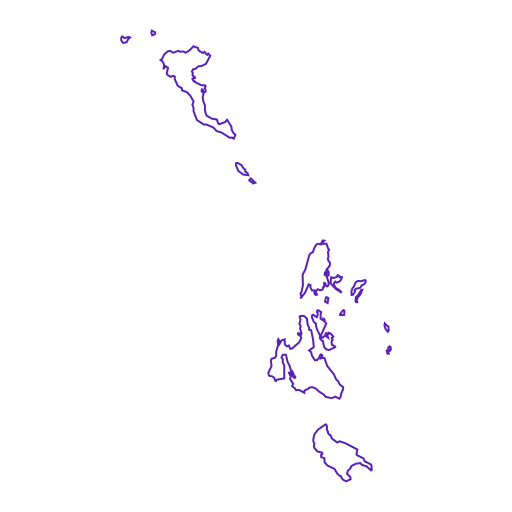 Ionion Nison, Ionioi Nisoi, Greece
{"feature_id": "26713481B82557054028644", "entity_name": "Ionion Nison", "entity_type": "district", "adm_level": 2, "iso_a3": "GRC", "parent_name": "Greece", "parent_adm1": "Ionioi Nisoi", "projection": "orthographic", "projection_center": [20.46, 38.773], "detail": "fine", "context": "isolated", "style": "outline", "palette": "violet", "viewbox_px": 512, "rotation_deg": 0, "n_neighbors": 0, "source": "geoboundaries", "source_scale": "gbopen_adm2", "svg_char_len": 6058}
<svg xmlns="http://www.w3.org/2000/svg" viewBox="0 0 512 512"><path d="M303.9,315.9L300.4,316.0L299.6,316.8L300.5,319.5L299.4,324.2L300.7,325.8L300.0,328.4L301.5,333.4L301.0,334.7L299.8,335.2L299.6,333.5L298.1,333.2L298.0,334.5L300.7,336.0L301.3,338.3L298.9,342.6L292.2,348.4L290.2,348.8L288.9,345.5L287.1,346.4L285.3,345.1L284.8,343.7L284.7,339.4L281.7,340.3L279.7,343.6L279.3,340.8L278.3,339.2L277.7,340.9L278.1,344.9L276.1,352.0L276.2,355.8L274.8,357.9L271.6,358.7L270.9,360.6L271.5,366.1L268.3,372.9L268.7,375.0L269.6,376.0L271.8,376.2L274.3,377.8L275.2,380.7L276.0,381.0L276.8,379.7L284.2,378.4L284.3,365.6L282.7,362.3L282.9,359.4L281.5,357.3L282.8,354.9L285.1,354.6L286.0,355.0L287.5,361.8L289.6,365.7L290.7,369.8L292.3,371.2L293.7,374.8L295.4,377.1L294.8,377.9L293.9,377.7L290.4,372.2L288.9,372.7L290.8,376.6L290.0,378.9L293.2,383.8L292.1,386.1L295.1,388.6L296.0,390.2L299.1,389.9L304.3,392.8L304.4,390.8L305.8,389.7L307.8,389.1L309.6,387.5L312.5,387.2L316.0,388.7L318.8,391.4L323.6,394.4L325.7,396.9L331.7,398.1L335.5,396.7L339.3,398.7L340.6,396.9L341.1,393.8L343.2,389.0L343.0,387.0L339.8,384.5L338.1,381.2L336.2,379.5L333.8,374.2L327.1,365.8L324.5,358.2L323.8,357.7L321.0,358.4L322.2,355.5L321.8,354.7L321.1,354.4L319.8,355.5L319.6,357.1L317.1,360.1L314.8,360.2L312.0,355.6L311.1,352.1L309.1,350.4L313.8,347.2L313.2,340.3L311.2,330.3L309.0,329.6L309.2,328.1L307.7,324.7L306.9,318.5L303.9,315.9ZM197.9,47.9L193.4,46.3L189.5,50.4L185.5,52.7L183.4,51.5L179.8,51.7L178.5,50.8L173.2,52.7L170.0,50.9L167.5,51.5L164.3,54.4L161.7,59.6L159.8,60.1L161.8,60.6L163.6,63.3L164.1,66.4L163.6,68.4L164.1,68.4L165.3,66.1L168.0,67.8L166.7,73.6L167.4,74.8L170.7,76.9L172.9,75.8L174.8,76.5L174.7,79.0L177.8,85.9L181.8,88.2L182.1,90.4L186.8,92.1L190.4,95.8L193.6,101.7L192.4,104.8L193.5,107.5L193.6,111.4L196.9,120.0L203.7,124.5L206.4,124.5L213.2,127.4L216.7,131.1L221.6,132.6L229.8,137.8L231.8,137.5L233.8,138.7L235.4,134.9L233.0,132.4L231.8,129.9L231.3,126.4L227.1,119.8L225.1,122.1L219.3,124.2L218.2,123.4L216.8,119.5L211.9,118.7L206.7,115.7L205.8,113.8L204.9,109.8L204.9,105.2L203.3,101.3L202.7,97.3L203.6,93.6L201.5,90.9L202.1,89.3L202.8,89.8L203.5,92.6L205.6,91.6L205.5,89.4L204.7,88.4L205.6,86.2L205.3,85.4L201.7,85.3L196.2,82.8L194.4,81.1L193.8,81.4L192.4,78.9L193.1,78.2L194.9,78.1L194.7,76.9L192.6,75.5L192.7,72.6L191.9,71.6L193.1,69.3L195.4,68.8L198.5,66.3L201.5,66.0L206.0,63.8L210.3,55.7L208.2,53.6L207.3,54.8L206.2,54.1L204.6,51.8L203.1,53.0L199.6,51.2L198.5,50.0L197.9,47.9ZM337.3,442.5L332.0,438.7L330.3,434.9L329.2,434.6L328.1,433.1L327.9,431.5L326.9,429.9L327.0,426.6L326.2,424.6L325.4,424.4L317.9,429.7L314.4,434.4L313.4,438.7L313.3,441.2L314.3,443.4L313.9,446.7L314.3,447.8L317.3,451.4L322.0,452.6L322.4,454.0L321.1,455.0L321.2,457.1L324.4,458.2L324.5,462.0L327.3,465.4L334.5,468.9L337.2,473.5L339.5,475.7L341.1,476.3L341.6,478.2L343.6,480.1L346.3,481.3L350.6,479.2L350.3,477.0L347.0,473.8L347.8,470.9L350.3,468.5L351.5,466.0L355.6,463.8L360.2,463.1L361.8,464.8L366.9,466.5L369.1,468.8L371.1,469.3L370.4,470.9L371.8,469.8L371.4,465.1L370.7,464.3L364.9,461.4L363.4,458.3L357.0,455.2L356.5,454.3L357.4,449.5L345.1,443.1L339.6,441.3L337.3,442.5ZM322.4,243.9L322.2,242.6L324.2,240.7L322.6,240.5L320.7,244.4L317.9,243.8L316.5,244.4L314.3,247.9L312.9,252.2L310.2,253.6L309.1,255.8L305.3,269.7L302.6,274.7L302.9,285.2L301.5,292.2L300.5,293.4L301.4,296.5L300.4,298.5L304.9,293.0L308.7,284.4L310.5,285.1L310.4,287.5L312.0,290.4L314.6,290.4L314.4,293.2L315.7,295.0L317.0,294.5L315.9,292.7L315.9,291.4L317.6,289.3L320.7,290.3L322.6,289.6L323.2,287.2L324.1,286.7L324.2,282.9L325.1,283.1L326.1,285.9L327.2,286.4L328.4,285.5L328.6,282.3L326.8,276.8L328.8,274.9L328.6,271.7L327.5,270.1L327.1,269.8L326.3,271.1L326.8,273.5L326.2,275.0L325.3,275.3L324.6,274.6L324.9,272.6L326.0,271.7L326.6,269.4L329.5,266.2L329.9,264.8L330.0,262.8L328.3,260.6L327.8,258.4L328.5,256.8L328.0,252.1L329.1,249.5L328.2,248.8L326.4,243.6L322.4,243.9ZM320.6,318.8L320.6,314.4L321.2,312.2L318.6,310.4L317.4,310.3L316.9,311.9L317.8,313.0L317.6,315.2L316.7,317.2L313.2,314.8L312.3,315.2L311.8,316.8L313.9,322.1L315.9,323.5L316.0,326.1L317.2,329.8L320.0,335.5L319.9,338.2L321.3,340.2L322.9,340.9L324.0,346.7L326.0,349.2L328.9,350.1L335.2,347.1L334.8,346.2L332.0,344.8L331.5,342.0L331.7,340.8L332.7,339.8L331.6,338.1L333.3,336.7L330.6,333.5L327.7,332.4L328.9,333.6L328.0,334.5L326.1,333.2L325.5,333.7L325.4,334.6L327.8,336.5L328.1,337.7L325.8,335.9L324.4,336.1L322.5,337.8L321.1,337.4L321.2,334.7L326.3,323.4L324.0,320.9L324.7,320.1L324.2,319.1L323.3,318.6L323.2,319.7L322.2,319.9L320.6,318.8ZM364.8,280.0L361.3,281.2L357.6,281.0L355.5,282.6L353.8,286.8L352.5,288.1L351.4,291.6L351.6,295.0L352.9,294.8L353.9,293.5L355.0,291.3L354.6,290.2L355.6,289.0L360.5,287.6L361.6,285.4L364.3,284.1L365.8,281.5L365.6,280.4L364.8,280.0ZM337.7,275.1L336.7,277.0L333.6,278.0L331.2,277.2L330.5,283.3L336.1,289.2L341.7,292.7L339.5,290.2L335.8,288.0L333.8,284.7L334.0,283.2L335.3,281.6L336.4,282.6L338.4,282.1L340.3,280.7L341.7,278.3L341.9,277.1L339.4,277.2L339.4,276.0L337.7,275.1ZM248.2,175.2L247.4,172.8L245.2,171.6L245.3,169.7L243.1,167.9L241.8,165.4L237.6,162.9L235.9,163.3L236.0,165.5L238.4,171.0L243.1,174.5L248.2,175.2ZM124.6,38.1L122.2,36.4L121.1,38.2L121.4,40.7L123.2,42.9L126.5,42.3L128.1,39.2L130.0,37.5L128.4,36.9L124.6,38.1ZM357.2,302.1L356.6,299.9L358.0,297.1L360.5,294.3L362.3,289.8L361.3,289.9L358.1,295.1L355.9,297.2L355.5,301.0L356.0,302.1L357.2,302.1ZM388.4,326.5L387.1,325.8L384.8,323.4L384.5,325.6L385.4,328.8L387.8,331.8L388.7,330.6L388.4,326.5ZM340.2,315.0L344.1,315.0L344.5,311.3L343.8,310.1L343.2,310.1L340.2,313.9L340.2,315.0ZM327.6,303.0L328.4,298.3L327.4,297.4L326.1,297.3L325.0,301.6L327.6,303.0ZM389.8,347.2L389.5,346.5L388.5,347.1L388.1,348.5L388.9,349.9L386.7,350.6L387.5,353.7L388.8,353.6L387.9,351.7L388.6,350.9L389.8,351.0L390.9,349.3L390.5,347.0L389.8,347.2ZM252.8,183.4L255.3,182.7L250.8,178.4L249.2,180.2L249.8,181.1L252.4,182.4L252.8,183.4ZM152.2,35.3L154.6,34.4L155.2,33.6L155.0,32.2L151.8,30.7L151.3,32.5L152.2,35.3Z" fill="none" stroke="#5b21b6" stroke-width="2"/></svg>